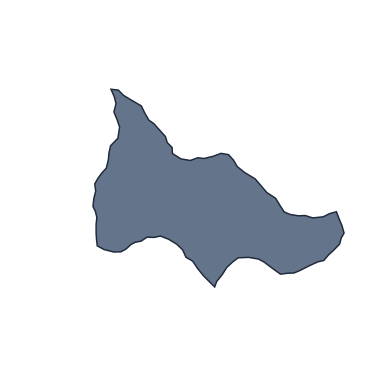 São Francisco, São Paulo, Brazil (Natural Earth projection), rotated 146°
{"feature_id": "56859067B66233126169739", "entity_name": "São Francisco", "entity_type": "district", "adm_level": 2, "iso_a3": "BRA", "parent_name": "Brazil", "parent_adm1": "São Paulo", "projection": "natural_earth1", "projection_center": [-50.676, -20.373], "detail": "fine", "context": "isolated", "style": "filled", "palette": "slate", "viewbox_px": 384, "rotation_deg": 146, "n_neighbors": 0, "source": "geoboundaries", "source_scale": "gbopen_adm2", "svg_char_len": 1355}
<svg xmlns="http://www.w3.org/2000/svg" viewBox="0 0 384 384"><g transform="rotate(146 192 192)"><path d="M300.7,200.3L297.1,193.5L290.4,186.0L284.5,182.2L278.6,181.6L272.3,182.6L267.4,182.2L261.7,179.7L254.5,179.7L248.9,175.6L242.8,173.1L237.8,165.9L233.8,157.1L232.1,149.2L233.5,141.3L230.1,134.3L230.1,125.3L229.3,116.0L226.3,100.6L221.6,104.0L213.1,106.6L205.4,110.0L197.1,111.3L190.5,111.6L181.7,106.2L174.4,99.3L171.3,93.3L168.3,84.5L164.6,74.4L157.8,71.0L152.7,67.8L146.6,66.6L134.9,65.1L126.6,63.7L121.1,61.5L114.4,63.4L106.2,64.7L98.7,66.3L94.0,70.4L88.9,72.9L86.5,80.2L85.0,87.7L83.3,94.9L90.0,97.1L97.2,98.1L106.5,103.1L111.3,109.2L116.9,112.6L123.3,118.6L126.7,123.9L126.6,131.1L126.2,140.0L130.3,149.8L131.3,158.9L132.3,167.5L137.6,179.0L140.3,187.9L139.8,195.1L140.8,202.5L146.3,207.8L154.3,209.7L163.4,213.1L168.1,217.2L175.8,219.1L182.7,225.7L186.7,234.9L183.6,240.0L184.9,246.8L183.0,252.8L184.3,261.7L185.4,269.9L187.6,275.8L187.0,284.0L185.9,291.7L188.3,296.7L191.9,304.2L194.8,310.6L196.1,317.7L201.7,322.5L203.2,314.3L205.6,307.7L212.0,302.0L213.6,294.1L215.7,286.3L223.4,278.0L233.6,275.9L238.9,270.9L243.4,265.4L249.7,259.7L256.4,258.1L262.2,256.0L268.1,253.1L271.3,246.6L277.1,241.4L282.2,235.3L283.0,229.8L285.1,224.1L289.6,218.8L294.7,211.2L297.6,206.2L300.7,200.3Z" fill="#64748b" stroke="#1e293b" stroke-width="1.5"/></g></svg>